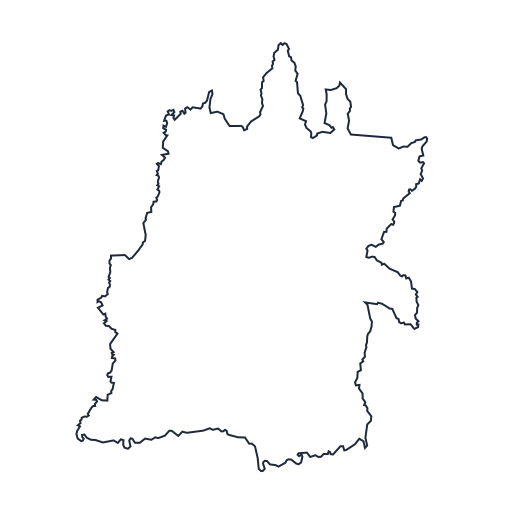 the district of Encruzilhada do Sul, Rio Grande do Sul, Brazil, rotated 4°
{"feature_id": "56859067B74487303198442", "entity_name": "Encruzilhada do Sul", "entity_type": "district", "adm_level": 2, "iso_a3": "BRA", "parent_name": "Brazil", "parent_adm1": "Rio Grande do Sul", "projection": "orthographic", "projection_center": [-52.659, -30.587], "detail": "fine", "context": "isolated", "style": "outline", "palette": "slate", "viewbox_px": 512, "rotation_deg": 4, "n_neighbors": 0, "source": "geoboundaries", "source_scale": "gbopen_adm2", "svg_char_len": 6084}
<svg xmlns="http://www.w3.org/2000/svg" viewBox="0 0 512 512"><g transform="rotate(4 256 256)"><path d="M422.7,315.6L422.7,313.0L421.2,313.3L421.1,311.3L422.6,309.7L419.7,307.3L418.7,303.9L420.6,301.3L420.4,296.5L421.4,293.8L419.4,290.3L418.9,286.5L420.1,285.5L418.1,283.2L419.5,280.7L416.6,277.8L413.9,277.7L412.4,270.5L409.9,267.0L407.4,267.9L406.5,265.0L404.2,264.9L403.1,266.2L401.2,265.4L398.6,262.3L390.1,259.3L384.5,254.8L382.2,255.9L381.7,254.0L376.8,251.9L374.4,248.7L372.0,248.5L368.6,249.9L366.1,249.3L366.9,242.8L365.6,241.1L367.5,238.1L370.3,236.7L374.8,238.5L377.7,236.0L381.6,234.8L382.5,233.2L379.9,230.5L382.1,223.0L384.4,222.8L384.5,219.5L388.7,214.7L390.6,215.3L391.4,213.7L391.5,212.0L389.7,210.0L391.8,205.9L391.9,203.3L390.0,202.2L390.2,197.5L396.0,195.9L396.9,191.0L398.6,190.2L398.9,188.3L405.0,182.6L403.8,181.0L404.1,179.0L405.5,178.8L407.0,180.1L409.9,177.7L411.0,175.8L410.7,173.2L413.3,172.3L414.3,168.1L416.0,169.5L417.2,167.0L414.6,162.8L415.8,159.2L414.8,157.0L417.2,151.8L416.0,150.7L413.1,151.4L411.3,149.7L412.2,145.2L415.9,144.1L413.8,137.6L414.3,135.1L418.2,130.0L418.6,127.2L417.5,125.6L415.8,125.8L412.8,128.2L407.2,129.5L406.5,131.2L403.1,132.5L399.5,136.5L395.6,136.5L390.8,138.8L384.9,135.8L382.7,128.6L342.2,128.2L338.5,122.4L339.4,114.5L337.6,107.6L339.6,104.8L339.3,102.3L340.4,100.7L339.3,95.5L336.3,92.8L334.5,88.1L334.2,83.3L327.7,77.1L327.2,80.3L324.7,83.0L319.0,85.2L313.9,85.0L315.2,89.7L315.6,96.7L314.4,100.2L316.2,109.0L315.1,118.6L320.2,120.4L322.3,122.8L323.6,122.0L325.3,124.2L321.6,128.1L313.6,127.5L308.5,129.6L308.4,131.5L304.5,134.4L302.6,133.6L302.6,129.7L301.8,127.9L297.5,124.8L295.7,121.6L296.5,118.0L290.0,115.7L292.6,108.1L292.9,105.5L291.7,104.4L292.4,102.0L289.0,93.1L286.5,90.8L284.8,79.7L283.3,78.5L284.8,71.3L282.2,68.2L282.4,64.1L280.8,60.5L277.8,58.5L277.1,55.3L275.2,54.6L273.4,49.0L274.5,47.2L271.7,42.4L269.4,41.8L267.8,43.6L265.8,41.9L263.7,44.2L263.5,48.7L260.0,52.1L259.6,55.7L260.8,59.2L259.0,60.8L259.6,63.1L258.7,65.0L259.2,67.7L253.9,72.6L250.6,77.2L251.4,80.9L249.9,82.3L250.2,88.1L249.0,89.7L250.1,93.2L249.7,95.5L251.4,99.1L251.3,103.0L252.5,105.9L250.0,112.2L250.6,114.6L249.4,116.5L241.7,122.1L238.1,127.4L238.3,129.9L235.4,131.4L233.6,128.0L231.9,127.3L220.6,128.2L215.3,121.3L213.6,116.8L207.4,114.7L200.9,116.6L199.2,111.1L199.6,102.5L201.3,97.6L200.5,94.0L197.8,95.7L196.3,104.3L194.7,106.7L192.4,107.6L192.1,110.4L190.5,112.8L182.4,112.1L180.5,114.5L177.0,112.3L175.0,113.9L175.7,118.0L174.6,119.1L172.5,116.2L170.4,117.3L171.0,119.3L165.4,125.8L164.0,124.1L164.5,121.5L161.8,121.3L164.5,118.1L163.5,116.0L161.4,117.1L159.6,116.6L157.8,117.9L159.3,120.8L156.4,122.2L154.9,127.5L157.1,127.3L158.1,129.5L157.2,133.4L154.6,132.4L154.6,135.0L157.5,136.3L157.3,138.1L155.3,139.6L157.7,141.8L159.1,141.9L155.4,148.3L155.5,154.6L160.9,157.7L161.6,160.1L155.1,161.7L158.4,164.3L157.4,166.4L155.2,168.5L154.7,171.0L151.8,170.1L150.6,171.0L152.9,173.1L152.5,177.2L151.2,178.0L152.3,180.7L151.3,182.2L152.9,182.6L153.8,184.3L152.8,188.9L153.7,190.7L152.6,192.3L154.5,193.2L153.0,196.6L154.9,197.7L155.2,199.4L153.9,203.4L152.5,204.9L153.4,206.8L152.9,208.5L150.0,209.0L149.9,211.5L147.9,214.7L148.5,219.3L144.4,220.6L143.2,226.1L143.7,227.6L141.3,231.0L144.5,242.7L144.3,248.6L142.2,250.4L142.2,252.1L138.4,258.4L132.4,266.6L129.6,267.9L125.2,264.2L111.3,265.7L111.6,268.6L110.2,270.7L110.3,273.7L111.8,275.1L111.1,278.1L111.8,282.2L110.4,287.2L111.7,288.1L110.5,289.8L112.3,291.1L111.3,292.6L112.3,294.8L112.2,296.9L110.5,298.3L110.0,302.5L110.8,304.3L108.2,306.8L105.2,306.5L104.5,308.4L101.0,310.6L101.1,313.0L102.5,312.1L104.8,313.1L106.4,316.0L101.9,318.6L107.8,325.0L109.7,324.0L110.3,327.1L111.8,328.9L109.4,330.7L111.4,331.4L109.0,333.7L111.0,336.0L114.5,336.3L117.0,338.7L120.9,339.6L120.9,341.7L123.2,343.1L116.6,354.0L117.3,358.7L120.6,361.8L118.9,362.7L119.5,364.2L120.9,364.5L119.5,366.2L119.3,367.8L122.6,368.0L123.1,370.0L120.6,373.3L120.0,380.2L118.5,382.7L116.6,383.2L115.9,385.2L117.0,386.9L120.2,386.5L119.6,391.3L120.5,392.4L123.1,392.5L122.2,399.0L120.9,400.7L121.3,402.8L117.7,404.8L117.8,410.6L112.3,410.7L106.3,407.8L104.1,410.6L106.6,410.6L107.6,412.2L105.6,414.8L106.0,416.8L104.0,417.0L102.5,418.7L99.2,425.2L100.3,426.7L98.5,428.2L96.3,428.0L93.4,429.5L93.3,431.5L91.9,432.6L92.6,434.9L90.1,437.3L92.3,438.2L89.8,443.1L89.3,446.2L90.8,450.5L94.6,452.9L96.1,452.2L96.9,450.3L95.2,448.6L95.0,446.6L97.3,446.1L99.9,449.1L104.0,450.8L108.9,450.8L116.2,452.7L126.8,449.9L131.2,452.1L134.0,448.3L136.6,448.9L136.7,453.8L138.3,456.4L141.7,457.2L144.1,454.7L142.4,448.9L143.6,446.6L145.5,447.0L148.2,450.7L153.0,450.5L158.1,445.9L164.4,446.6L168.2,443.9L171.1,444.5L177.6,441.6L181.8,436.3L184.2,436.3L191.0,440.9L194.8,436.4L199.4,437.2L215.5,433.9L221.9,431.1L225.1,432.4L230.2,430.8L233.8,433.4L235.7,433.1L237.1,431.6L238.9,432.4L240.0,435.7L241.7,436.4L250.8,438.1L257.6,437.8L262.3,443.7L265.1,443.5L268.3,446.0L271.8,457.6L273.6,468.2L276.1,470.2L277.7,470.0L279.6,467.7L277.5,462.7L277.8,460.9L279.3,459.6L281.3,459.8L284.4,462.9L290.4,463.3L293.1,464.5L299.6,460.3L301.0,457.4L302.6,456.6L305.4,456.6L310.5,460.2L313.0,460.8L315.4,458.8L316.3,453.1L315.4,451.0L312.9,452.7L311.4,451.4L312.2,449.8L320.5,448.6L324.1,452.7L329.2,450.6L332.0,452.1L334.8,451.8L337.3,448.8L341.4,448.6L342.1,445.8L343.5,446.4L344.3,448.5L346.7,448.6L353.5,439.9L356.1,439.7L357.6,443.7L359.4,443.3L367.8,436.9L371.8,431.1L376.1,433.3L378.1,439.9L380.1,437.3L377.8,429.7L378.7,416.3L382.1,412.4L382.2,407.8L377.7,402.7L377.8,400.0L375.8,397.3L374.3,397.2L375.2,394.2L372.3,390.6L371.9,385.7L368.0,381.1L368.2,377.4L364.7,378.1L363.6,375.1L365.6,370.6L365.5,364.5L368.6,362.6L367.5,355.9L370.3,353.6L369.3,351.8L371.7,348.9L371.1,344.9L372.5,339.2L371.9,337.1L372.7,334.8L372.6,328.4L373.1,326.0L375.1,323.3L376.2,318.2L376.2,313.3L374.3,310.4L370.6,296.9L368.1,294.7L380.1,295.6L381.0,294.1L385.2,294.9L393.1,299.1L395.7,299.3L400.5,308.2L402.6,308.9L403.4,311.9L405.3,313.0L408.2,312.1L409.3,313.9L414.9,313.3L419.1,317.7L422.7,315.6Z" fill="none" stroke="#1e293b" stroke-width="2"/></g></svg>